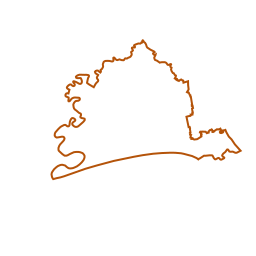 Quang Xuong, Thanh Hóa, Vietnam (Robinson projection), rotated 63°
{"feature_id": "81297802B40676303665635", "entity_name": "Quang Xuong", "entity_type": "district", "adm_level": 2, "iso_a3": "VNM", "parent_name": "Vietnam", "parent_adm1": "Thanh Hóa", "projection": "robinson", "projection_center": [105.774, 19.675], "detail": "fine", "context": "isolated", "style": "outline", "palette": "amber", "viewbox_px": 256, "rotation_deg": 63, "n_neighbors": 0, "source": "geoboundaries", "source_scale": "gbopen_adm2", "svg_char_len": 5670}
<svg xmlns="http://www.w3.org/2000/svg" viewBox="0 0 256 256"><g transform="rotate(63 128 128)"><path d="M57.9,77.3L58.2,77.8L58.4,78.7L57.4,80.4L57.0,83.5L57.0,84.8L57.1,85.0L57.4,85.2L58.7,84.9L59.2,85.2L59.3,85.4L58.3,87.4L58.3,88.0L58.9,88.4L60.5,88.3L61.1,88.4L61.4,89.0L61.6,90.5L61.8,90.8L63.8,91.1L64.6,91.7L65.5,93.2L65.7,94.4L65.5,95.7L65.6,97.5L64.7,98.8L64.8,99.3L65.6,100.8L65.6,101.2L65.4,101.6L64.5,103.0L63.0,104.4L62.7,106.5L62.3,107.2L61.2,107.8L59.2,108.2L58.8,108.6L58.8,109.0L58.9,109.3L61.3,110.3L61.6,110.9L61.7,111.2L61.6,111.7L61.3,112.3L59.9,114.0L58.9,115.7L58.0,117.7L57.9,118.6L58.0,119.3L58.2,119.8L59.6,121.3L60.0,121.6L61.6,122.1L62.4,122.7L63.5,124.3L63.8,126.0L65.2,126.4L65.7,126.8L66.0,127.5L63.3,128.7L62.7,129.5L62.5,130.9L62.9,131.9L63.7,132.1L64.7,132.0L67.2,130.5L68.7,132.7L69.3,133.0L70.0,133.1L71.3,132.8L72.2,133.0L72.8,133.6L73.6,136.1L74.2,137.2L76.1,140.0L71.5,142.9L69.4,144.0L69.0,143.9L65.8,141.3L65.2,140.7L64.5,139.6L63.8,139.1L63.2,139.1L62.7,139.5L61.6,141.1L60.8,142.8L58.6,146.8L58.4,147.6L58.2,149.2L58.4,150.3L58.6,151.0L58.8,151.2L59.4,151.3L59.8,151.3L60.3,150.8L60.8,150.1L61.9,147.7L62.4,147.4L64.6,147.6L65.7,148.0L66.6,148.6L67.1,149.5L67.0,150.6L66.4,151.4L63.8,153.1L62.1,154.6L61.7,155.1L61.7,155.6L62.0,155.9L62.8,156.0L64.7,155.6L65.5,155.9L66.0,156.5L66.0,157.2L65.8,157.8L65.0,158.4L63.3,159.1L62.9,159.9L62.9,160.9L63.0,161.7L63.6,163.4L64.2,164.1L64.7,164.2L65.1,164.2L66.4,163.5L67.3,162.8L70.2,165.4L69.5,166.2L69.3,167.1L69.3,167.4L69.6,168.1L70.2,168.8L71.2,169.1L72.0,168.8L73.6,167.3L73.9,167.1L74.5,167.3L76.7,168.8L77.2,168.8L77.5,168.4L77.5,167.5L76.5,165.4L76.2,164.1L76.3,162.7L76.7,161.5L78.7,158.1L79.1,157.7L79.6,157.6L80.3,157.7L80.8,158.2L81.1,158.7L81.1,160.1L80.6,161.2L80.3,162.3L80.4,163.1L81.0,164.5L81.9,165.7L82.5,166.2L84.8,167.0L86.2,167.2L87.7,166.8L89.0,166.1L92.2,164.8L93.6,163.7L94.3,163.6L95.3,164.1L96.4,165.4L97.0,165.5L98.1,164.8L99.2,163.3L100.0,162.5L100.6,162.6L101.2,162.9L101.6,163.5L102.3,165.2L103.7,170.7L103.9,171.9L103.8,172.9L103.4,173.9L102.8,174.7L101.6,175.5L100.0,176.0L99.2,175.9L98.5,175.5L98.0,174.6L97.6,172.1L97.3,171.6L96.9,171.3L95.6,171.4L94.3,172.4L94.0,172.9L93.8,173.2L93.9,173.9L94.1,174.5L94.8,175.6L96.1,177.0L98.8,178.8L99.1,179.1L99.4,179.6L99.5,180.2L99.2,180.9L98.9,181.3L97.2,182.1L96.8,182.4L96.4,183.3L96.3,183.7L96.3,186.7L96.5,188.0L97.3,190.6L98.9,194.6L99.5,195.4L100.3,196.1L101.6,196.8L103.1,196.6L104.1,195.9L104.5,194.9L105.8,190.6L106.7,189.4L108.0,189.2L108.5,189.3L109.5,190.2L110.2,191.5L111.8,195.9L112.7,197.4L114.2,199.0L115.8,199.8L116.5,200.0L117.5,199.8L121.5,198.3L123.8,197.1L124.6,195.7L124.9,194.2L124.8,191.5L125.0,187.2L125.7,185.3L126.7,183.2L127.8,181.7L129.5,180.1L130.2,179.7L131.6,179.4L132.8,179.3L133.6,179.6L134.6,180.2L135.6,181.2L136.5,182.4L137.6,184.8L138.5,187.8L139.0,190.9L138.9,193.6L138.7,195.4L138.1,197.1L137.6,198.2L136.7,199.3L134.7,200.4L133.1,200.9L132.0,202.0L130.9,203.3L130.4,204.6L130.2,205.8L130.1,207.8L130.4,209.7L131.2,212.6L132.6,215.2L133.4,216.3L134.6,217.2L136.6,217.8L137.8,218.0L139.6,217.8L140.3,214.4L141.3,210.7L142.0,206.9L145.0,184.4L147.2,172.9L150.9,155.5L156.3,135.8L158.9,127.2L162.3,117.4L165.6,109.4L169.2,101.6L171.5,97.2L174.6,92.2L176.2,90.2L182.1,83.6L186.0,80.5L187.9,79.6L187.6,78.6L187.7,77.8L187.2,72.8L187.9,71.6L189.3,67.9L190.4,65.8L190.8,65.3L191.2,65.2L193.7,65.2L195.2,64.8L195.7,64.1L195.6,61.6L195.8,60.9L196.4,60.4L197.8,60.1L198.4,59.6L198.6,59.0L198.6,56.8L198.5,56.0L198.2,55.7L197.9,55.7L196.3,56.6L195.1,56.5L194.3,55.3L194.0,54.5L193.6,52.3L192.2,49.5L192.4,48.9L192.8,48.6L194.9,48.4L195.2,48.1L195.8,47.3L196.6,45.4L198.7,43.7L199.2,42.9L199.4,42.2L199.4,38.0L191.1,40.2L185.2,40.9L181.4,42.1L176.5,42.3L173.9,42.1L173.8,43.0L173.3,44.4L174.6,44.8L175.0,45.3L175.0,46.5L174.8,47.3L174.3,48.0L174.0,48.1L173.3,48.0L172.9,47.4L173.4,46.3L173.4,46.0L170.5,46.0L170.6,47.7L170.0,48.3L170.0,48.8L169.5,49.4L169.8,51.9L169.7,52.6L170.2,52.8L170.2,54.1L169.8,54.6L168.7,54.1L167.7,53.9L167.2,54.1L167.3,55.9L167.1,56.1L167.8,58.0L168.7,58.2L168.4,60.1L166.6,60.5L165.0,63.3L164.8,63.8L164.2,65.0L164.6,65.4L164.4,65.7L164.6,65.9L165.3,65.1L166.4,65.6L166.5,65.2L166.9,65.3L166.7,65.7L167.3,66.1L168.3,66.2L168.3,66.5L168.9,66.6L169.3,70.4L169.3,71.6L168.3,74.3L167.3,75.0L166.7,75.0L166.5,75.5L166.8,75.9L166.5,76.5L166.0,76.2L165.8,75.7L164.8,76.7L164.1,76.0L163.3,75.7L162.8,75.0L162.0,75.7L160.5,74.5L160.2,74.8L159.8,74.2L157.1,73.3L156.4,72.8L155.1,72.6L154.8,73.6L144.5,70.8L144.9,68.8L145.5,66.9L145.4,66.6L144.7,66.2L145.0,66.0L145.3,64.5L144.4,64.3L144.4,63.8L143.3,63.6L143.3,63.1L141.4,62.7L139.7,62.1L139.6,61.7L139.7,61.0L137.6,60.4L137.3,61.1L136.6,60.8L136.8,60.4L128.6,57.8L128.4,58.2L128.2,58.2L127.0,57.6L126.6,58.0L124.0,57.8L123.6,58.2L123.1,58.2L123.3,58.9L122.8,59.2L121.4,56.8L121.0,56.4L117.4,55.1L113.6,53.3L112.8,58.0L111.9,57.7L111.2,57.3L110.9,57.3L110.6,57.4L110.4,57.9L109.4,58.3L108.9,58.6L108.9,60.0L109.2,61.2L108.5,61.5L108.5,61.9L107.5,62.1L107.5,62.7L106.6,63.2L106.3,63.3L106.0,62.6L105.0,63.7L104.1,62.4L103.3,61.6L103.0,61.5L102.3,62.1L101.3,62.3L100.1,62.3L99.3,63.1L97.1,63.3L95.6,63.1L95.3,63.0L94.0,61.8L92.9,62.4L92.0,62.2L91.5,61.7L91.1,60.8L90.7,60.7L90.5,60.8L90.3,61.3L90.3,62.6L90.1,63.4L89.6,64.0L87.4,64.3L86.5,64.9L85.8,65.8L84.7,68.1L84.2,69.6L84.2,70.0L81.2,71.6L79.6,73.0L78.2,73.0L77.1,72.6L75.6,70.5L75.0,70.0L75.0,71.0L74.8,71.4L73.7,71.9L73.1,71.9L72.9,71.8L72.7,71.4L72.4,69.8L71.7,70.0L68.3,72.5L65.1,74.3L64.1,74.4L61.6,74.0L60.3,74.1L59.9,74.1L58.7,74.7L57.0,74.8L56.6,75.0L56.7,75.5L58.3,76.6L58.3,77.0L57.9,77.3Z" fill="none" stroke="#b45309" stroke-width="2"/></g></svg>